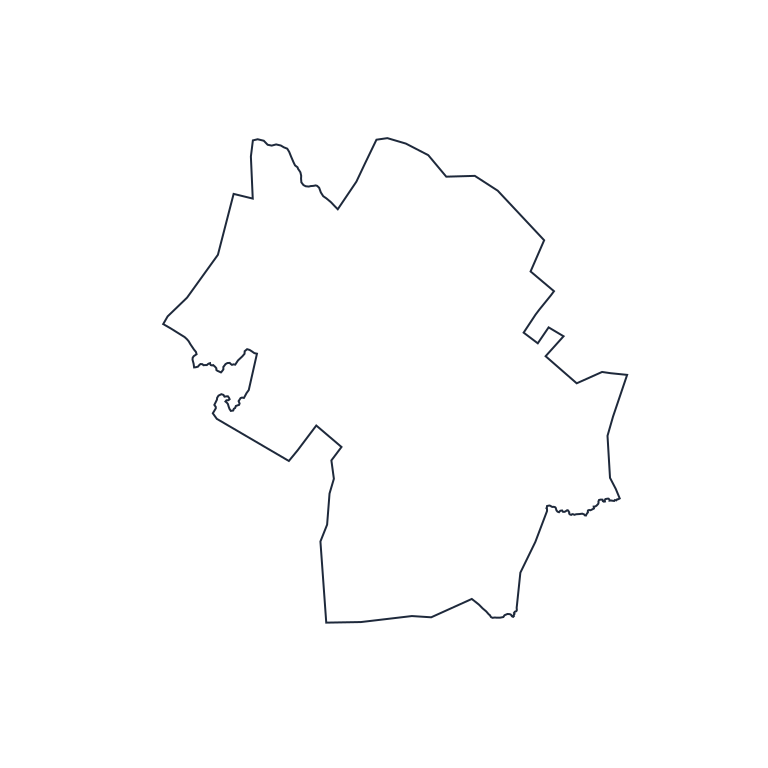 the district of Birnin Kebbi, Kebbi, Nigeria, rotated 219°
{"feature_id": "59680162B77130024076735", "entity_name": "Birnin Kebbi", "entity_type": "district", "adm_level": 2, "iso_a3": "NGA", "parent_name": "Nigeria", "parent_adm1": "Kebbi", "projection": "natural_earth1", "projection_center": [4.241, 12.49], "detail": "fine", "context": "isolated", "style": "outline", "palette": "slate", "viewbox_px": 768, "rotation_deg": 219, "n_neighbors": 0, "source": "geoboundaries", "source_scale": "gbopen_adm2", "svg_char_len": 3730}
<svg xmlns="http://www.w3.org/2000/svg" viewBox="0 0 768 768"><g transform="rotate(219 384 384)"><path d="M625.0,496.7L630.5,497.4L636.2,494.7L639.2,490.8L630.6,477.0L602.7,445.5L620.5,437.1L594.4,379.9L591.4,327.2L592.4,319.0L594.7,300.4L593.3,291.6L585.3,292.9L574.0,294.3L568.5,295.0L565.4,294.8L562.7,294.3L559.3,293.0L553.4,291.2L550.4,290.6L548.4,289.2L549.1,286.8L549.4,285.9L549.2,284.0L548.1,282.4L544.8,280.0L542.0,277.4L540.8,278.6L539.5,280.4L539.5,282.1L539.2,284.0L537.6,285.1L536.1,285.0L535.1,286.0L533.6,287.2L533.3,288.9L532.9,289.8L532.3,290.7L531.6,290.0L530.5,289.7L529.2,290.3L528.7,291.2L526.0,291.1L524.2,290.7L523.1,289.4L521.8,289.4L519.6,290.0L518.0,290.4L517.9,291.7L518.0,294.2L519.6,296.2L519.6,298.2L519.7,299.7L518.9,301.7L517.2,303.3L515.7,303.1L514.2,303.2L513.4,304.5L511.8,305.4L512.3,310.4L511.5,316.3L511.4,319.7L512.9,321.8L512.3,324.9L509.9,325.9L507.3,326.2L504.2,326.4L501.8,327.6L485.3,294.2L485.1,290.4L484.4,286.8L484.1,285.0L485.8,284.1L486.6,282.8L486.2,279.2L484.0,278.0L483.5,276.6L485.3,273.7L484.6,271.7L485.1,270.2L484.5,268.5L486.1,266.7L488.4,267.4L490.7,268.8L492.7,270.2L494.4,270.6L496.2,270.6L496.2,272.2L494.7,273.5L494.4,275.0L495.7,275.7L497.6,276.2L498.6,275.3L500.0,273.8L501.9,274.5L504.0,273.7L505.3,270.8L505.0,268.3L504.0,266.7L503.3,263.7L502.7,261.0L500.3,260.3L499.4,259.2L498.9,255.7L498.6,253.5L492.0,251.7L409.5,264.3L409.4,278.1L410.5,309.1L377.4,308.3L376.8,291.5L363.3,278.8L357.4,264.6L339.7,238.9L334.3,221.6L278.7,162.2L252.1,184.5L236.0,201.0L216.3,221.2L200.5,232.4L180.5,272.2L171.4,272.3L166.2,271.7L161.5,271.6L157.5,270.9L156.4,271.0L154.2,270.2L152.5,270.6L150.9,272.3L149.5,273.2L146.7,275.5L144.6,278.0L144.8,280.2L143.3,283.0L141.4,284.3L140.2,284.6L138.4,284.0L137.1,284.3L137.0,285.4L137.8,285.7L137.9,287.5L138.9,287.8L139.0,289.4L138.2,290.7L138.5,291.9L140.1,293.6L141.5,295.8L159.3,323.2L167.0,356.5L177.3,387.7L177.6,388.2L177.7,388.3L178.8,389.6L179.6,389.7L179.8,390.7L180.5,391.7L179.8,392.7L178.9,393.7L177.8,394.1L176.7,394.1L175.7,394.5L174.9,395.3L173.7,395.9L172.8,395.9L171.7,395.2L170.4,394.3L168.8,394.0L167.3,394.5L167.3,395.6L167.2,396.5L166.0,397.8L164.6,397.3L163.5,398.0L162.9,398.9L162.5,400.2L162.2,401.2L161.2,401.6L160.3,401.1L159.3,400.9L158.8,400.1L158.2,399.7L157.1,399.7L156.1,400.2L155.8,401.3L155.0,401.8L153.7,402.2L152.7,403.7L150.2,406.0L148.3,408.0L146.4,408.6L145.3,408.3L144.3,408.9L144.6,410.1L144.8,411.2L144.7,412.5L145.4,413.2L145.9,414.0L145.3,415.2L144.3,415.6L143.8,416.4L143.0,418.2L142.5,419.4L143.2,420.0L143.9,420.7L142.8,421.7L142.3,423.1L142.2,424.2L142.1,425.6L142.5,426.7L143.4,427.6L143.9,429.2L142.8,430.6L141.4,431.6L140.9,431.3L140.2,430.7L139.1,430.9L138.4,431.7L139.0,432.1L139.3,432.7L139.5,433.9L138.2,435.5L137.3,436.2L136.7,436.1L135.6,435.8L135.3,435.3L134.9,435.7L134.1,436.5L133.3,436.8L132.6,437.4L132.1,437.6L131.5,438.0L131.5,439.2L130.2,439.8L130.2,441.2L129.4,441.9L128.8,443.4L137.8,448.3L149.3,453.3L177.7,484.4L185.5,502.8L200.8,544.1L214.7,535.0L222.1,530.6L234.7,505.8L275.9,507.3L274.5,534.1L291.7,531.6L290.1,512.4L307.8,511.8L309.5,529.4L309.9,533.4L310.1,539.5L310.1,545.2L310.1,558.0L310.3,563.1L340.9,563.7L350.0,596.5L417.3,605.8L444.4,602.9L466.1,584.3L493.6,589.7L518.3,584.6L536.1,577.2L543.6,569.1L537.5,543.2L532.8,523.9L529.9,490.7L534.3,491.2L539.5,491.9L545.6,492.0L549.4,491.7L553.6,493.1L557.9,495.7L560.7,495.9L562.1,495.3L563.5,493.6L565.5,491.7L566.7,490.1L569.3,488.4L571.8,487.9L575.1,488.7L577.7,491.4L579.4,493.7L582.2,495.9L584.3,496.6L586.1,497.1L587.6,498.0L590.7,497.9L593.9,499.4L599.4,502.3L603.7,504.7L607.3,506.0L610.8,504.9L614.3,504.4L618.6,502.3L621.3,498.6L625.0,496.7Z" fill="none" stroke="#1e293b" stroke-width="2"/></g></svg>